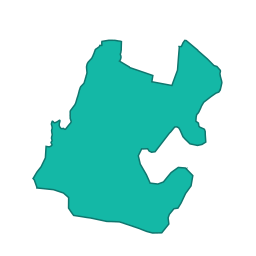 outline of Adh Dhihar, Ibb, Yemen, rotated 192°
{"feature_id": "15242507B70746280021443", "entity_name": "Adh Dhihar", "entity_type": "district", "adm_level": 2, "iso_a3": "YEM", "parent_name": "Yemen", "parent_adm1": "Ibb", "projection": "equal_earth", "projection_center": [44.168, 13.976], "detail": "fine", "context": "isolated", "style": "filled", "palette": "teal", "viewbox_px": 256, "rotation_deg": 192, "n_neighbors": 0, "source": "geoboundaries", "source_scale": "gbopen_adm2", "svg_char_len": 4639}
<svg xmlns="http://www.w3.org/2000/svg" viewBox="0 0 256 256"><g transform="rotate(192 128 128)"><path d="M204.3,93.0L202.6,81.6L204.9,72.1L207.9,66.0L209.8,60.4L209.7,60.4L210.4,58.9L208.9,57.8L204.8,51.1L204.7,50.4L201.2,50.8L188.0,52.2L182.8,51.6L177.6,51.0L171.6,47.6L171.0,44.7L169.5,37.3L165.7,33.6L163.0,31.2L154.3,31.7L149.7,31.9L146.0,32.2L141.5,32.2L131.9,32.2L129.2,32.2L124.0,33.2L116.9,34.4L113.6,34.1L109.6,33.6L97.4,32.2L88.2,30.7L82.2,30.4L73.2,32.5L68.1,42.6L70.1,48.5L69.6,52.2L66.3,58.6L62.5,60.0L60.5,65.7L58.1,75.9L54.3,84.5L54.7,94.9L62.3,100.0L62.3,100.3L62.5,100.1L63.5,100.8L68.3,100.2L70.6,99.9L74.0,96.2L76.6,93.3L79.3,88.1L82.1,82.6L87.1,79.4L94.9,78.7L100.3,86.1L108.5,95.2L112.2,103.0L110.3,110.4L108.4,110.8L104.5,111.8L102.4,109.8L99.9,109.2L96.6,110.4L96.2,111.2L86.2,132.1L85.8,132.4L82.5,138.7L80.4,139.3L78.4,138.7L76.7,136.9L72.4,130.9L69.8,129.0L67.7,127.7L64.1,125.4L61.5,125.4L56.4,125.4L52.2,127.3L49.0,130.4L51.0,137.4L51.8,140.7L52.9,142.5L53.4,142.8L58.1,143.8L59.0,144.4L59.9,146.8L60.2,147.5L63.0,148.7L63.3,150.6L63.6,152.9L63.6,155.4L62.4,157.4L62.0,158.6L61.1,162.4L60.7,164.7L59.3,168.9L53.6,175.7L51.1,178.4L49.2,180.4L46.7,182.0L46.3,182.9L46.1,183.8L46.0,183.6L45.7,184.3L45.6,188.6L45.6,191.1L45.6,191.8L46.2,193.4L48.3,197.5L49.4,200.2L49.4,202.9L49.8,203.7L50.3,204.0L53.2,206.2L53.9,206.7L54.5,206.7L56.4,206.9L57.0,207.0L57.8,207.5L63.4,211.2L64.8,212.1L67.5,213.6L75.6,218.1L76.0,218.6L89.2,225.6L90.7,225.5L91.9,222.7L92.7,218.8L95.0,218.3L94.6,217.6L93.3,207.5L91.6,194.8L92.6,188.0L93.9,178.7L105.7,178.4L114.3,178.2L114.6,184.5L117.0,184.8L124.2,185.7L126.1,185.9L129.2,186.3L134.3,186.9L139.1,187.5L139.4,188.0L141.6,188.7L149.2,191.3L150.3,191.7L149.8,192.5L149.6,193.6L149.5,195.4L149.9,196.9L150.4,197.6L150.9,198.6L150.7,200.3L150.8,201.7L150.9,203.2L151.0,203.5L152.4,211.2L153.6,211.3L156.0,211.1L157.1,211.1L159.2,211.0L165.0,209.8L165.6,209.6L171.5,207.3L171.4,206.0L170.9,204.0L170.8,203.3L172.7,203.0L172.8,202.6L172.9,201.7L173.3,201.2L173.5,201.0L174.2,200.2L175.0,199.3L175.7,198.7L176.1,198.1L176.4,197.5L176.4,197.0L176.4,196.8L176.4,196.4L176.5,196.2L176.7,195.0L176.7,194.2L176.9,193.4L177.1,192.5L177.2,191.7L177.5,190.4L177.6,190.1L177.7,189.7L177.9,188.9L178.1,188.3L178.4,187.9L178.7,187.5L179.1,186.8L179.7,185.7L180.5,184.5L180.8,183.6L181.1,182.9L181.2,182.3L181.3,181.7L181.3,181.0L181.3,180.2L181.3,179.6L181.3,179.2L181.2,178.9L181.0,178.0L180.8,177.5L180.7,177.0L180.5,176.5L180.4,176.1L180.3,175.8L180.2,175.6L179.8,174.1L179.7,173.9L179.6,173.4L179.6,172.8L179.6,172.0L179.8,170.4L179.8,170.0L179.8,169.2L179.9,168.3L180.0,166.7L180.0,166.0L180.0,165.9L180.1,165.5L180.2,164.2L180.2,163.5L180.4,162.6L180.6,162.2L180.9,161.7L181.2,161.2L181.7,160.4L182.3,159.4L182.7,158.8L182.9,158.2L183.0,158.0L183.1,157.4L183.2,156.7L183.3,155.4L183.4,155.1L183.5,152.5L183.6,150.3L183.7,148.9L183.9,147.3L184.1,145.0L184.2,142.9L184.3,142.6L184.3,142.2L184.3,141.7L184.5,141.0L184.6,140.5L184.9,139.4L185.6,138.0L186.1,136.9L187.0,134.9L187.6,133.7L187.9,133.0L188.0,132.3L187.8,131.2L187.6,130.4L187.5,130.0L187.4,129.5L187.2,128.2L187.0,127.6L186.7,126.3L186.5,125.3L186.1,124.7L185.3,123.2L185.1,123.0L185.0,122.6L184.9,122.4L184.9,122.1L185.0,121.7L185.1,121.2L185.5,120.4L185.8,119.9L186.1,119.3L186.5,118.6L187.0,117.6L187.4,116.7L187.9,115.8L188.2,115.1L188.5,114.6L188.7,114.1L189.0,113.8L189.1,113.7L189.3,113.6L189.6,113.6L189.9,113.7L190.1,113.8L190.3,113.8L190.6,114.0L190.8,114.1L191.0,114.2L191.3,114.1L191.6,114.0L192.2,113.7L192.6,113.6L193.4,113.6L193.7,113.8L194.1,114.1L194.5,114.4L194.8,114.7L195.1,115.1L195.6,115.8L195.8,116.2L195.9,116.7L196.1,117.7L196.1,118.9L196.0,119.7L196.0,120.2L196.1,120.5L196.1,120.8L196.1,121.0L196.4,121.3L196.7,121.3L197.1,120.8L197.5,120.4L198.1,119.8L198.6,119.4L199.1,118.9L199.5,118.6L200.1,118.3L200.7,118.0L201.0,117.8L201.3,117.8L201.7,118.0L201.9,118.2L202.6,118.7L202.8,118.8L203.0,118.9L203.3,118.9L203.4,118.7L203.5,118.7L203.6,118.3L203.7,117.5L203.8,116.6L203.8,116.1L203.8,115.9L203.6,115.6L203.4,115.1L203.3,114.9L203.1,114.7L202.8,114.0L202.6,113.5L202.3,112.7L202.2,112.2L202.1,111.7L202.2,110.8L202.2,109.9L202.2,109.5L202.0,109.0L201.7,108.2L201.4,107.3L201.0,106.5L200.8,106.0L200.8,105.7L200.7,105.4L200.7,104.8L200.8,104.3L200.8,103.6L200.8,103.1L200.8,102.7L200.7,102.4L200.7,102.1L200.6,101.8L200.3,101.4L200.2,101.1L199.9,100.5L199.8,100.2L199.7,99.9L199.7,99.5L199.8,99.2L200.0,98.7L200.2,98.3L200.3,98.0L200.3,97.8L200.1,97.5L199.9,97.2L199.6,96.9L199.1,96.3L198.8,95.7L199.4,94.5L200.7,93.4L201.6,93.1L204.3,93.0Z" fill="#14b8a6" stroke="#0f766e" stroke-width="1.5"/></g></svg>